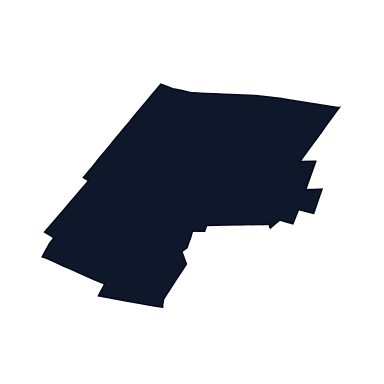 Ziduri, Buzau, Romania, rotated 173°
{"feature_id": "2599482B76478155056180", "entity_name": "Ziduri", "entity_type": "district", "adm_level": 2, "iso_a3": "ROU", "parent_name": "Romania", "parent_adm1": "Buzau", "projection": "robinson", "projection_center": [27.059, 45.276], "detail": "fine", "context": "isolated", "style": "filled", "palette": "ink", "viewbox_px": 384, "rotation_deg": 173, "n_neighbors": 0, "source": "geoboundaries", "source_scale": "gbopen_adm2", "svg_char_len": 4688}
<svg xmlns="http://www.w3.org/2000/svg" viewBox="0 0 384 384"><g transform="rotate(173 192 192)"><path d="M224.8,288.8L225.0,288.6L227.9,285.9L230.5,283.5L232.3,281.9L234.8,279.5L237.4,277.1L237.6,276.9L239.3,275.3L240.8,273.9L241.2,273.5L242.8,272.0L244.4,270.3L245.4,269.3L247.0,267.8L247.9,267.0L249.8,265.3L252.6,262.7L253.5,261.8L257.9,257.7L260.2,255.6L263.1,252.8L264.5,251.5L265.3,250.7L267.5,248.5L268.2,247.8L269.4,246.7L273.0,243.3L277.0,239.6L282.6,234.4L282.8,234.0L285.6,231.3L288.0,228.9L288.5,228.3L289.0,228.0L289.5,227.6L290.8,226.4L293.4,223.9L295.1,222.3L298.1,219.6L296.7,218.5L294.7,217.0L293.4,216.0L293.4,215.8L293.6,215.6L294.9,214.4L295.4,213.8L297.1,212.2L300.8,208.9L301.7,208.1L304.3,205.7L305.7,204.4L306.8,203.3L307.4,202.8L308.0,202.3L311.0,199.6L312.9,197.9L314.8,196.2L317.2,193.9L322.3,189.1L323.5,188.0L324.3,187.4L325.3,186.4L325.8,186.0L327.9,184.1L329.4,182.7L330.3,181.8L332.6,179.8L334.2,178.3L335.9,176.8L338.6,174.3L339.7,173.4L342.1,171.2L343.2,170.2L342.8,169.8L341.0,168.5L340.1,167.8L338.1,166.2L337.9,166.0L337.1,165.4L336.7,165.1L336.3,164.7L334.7,163.5L334.5,163.3L335.2,162.8L337.1,160.9L339.5,158.5L342.0,155.0L343.0,153.7L344.4,151.9L348.6,145.8L347.7,145.4L344.9,144.2L341.4,142.1L335.8,138.7L329.1,134.4L324.1,131.6L319.2,128.7L312.7,124.7L299.4,116.7L293.8,113.6L292.8,113.0L289.8,111.4L292.0,108.2L296.6,101.7L297.5,100.3L295.0,99.6L292.4,98.7L292.1,98.6L290.9,98.3L287.9,97.4L286.6,96.9L284.1,96.1L281.5,95.3L273.5,92.8L270.0,91.6L266.9,90.7L260.4,88.7L258.2,88.1L256.9,87.7L255.7,87.3L253.3,86.5L251.9,86.1L250.3,85.6L247.6,84.8L246.8,84.5L246.2,84.4L245.6,84.2L245.2,84.0L244.1,83.7L243.1,83.4L238.2,82.1L235.2,81.2L235.0,82.2L234.9,83.3L234.8,84.1L234.1,86.0L233.7,87.7L233.4,88.5L233.5,88.7L230.9,91.9L228.6,94.8L227.2,96.4L227.1,96.5L226.0,97.8L224.6,99.5L222.6,101.9L218.1,107.3L206.3,121.1L206.7,122.8L207.4,125.6L208.0,128.4L208.8,131.6L209.1,132.8L209.4,134.0L208.2,134.8L206.3,135.9L205.2,136.5L204.7,136.7L204.4,136.9L204.3,137.0L204.0,137.2L203.8,137.2L203.7,137.4L203.5,137.7L203.1,138.5L201.4,142.1L200.3,144.3L199.3,146.0L196.4,152.9L196.3,153.0L193.4,152.7L192.0,152.5L188.2,152.0L186.1,151.7L184.8,151.5L184.2,151.5L184.2,151.8L184.1,152.0L183.9,152.5L183.7,152.7L183.6,152.9L183.5,153.0L183.4,153.2L183.3,153.4L183.3,153.6L183.2,153.7L183.1,154.0L182.8,154.6L182.6,154.9L182.4,155.2L182.2,155.5L182.1,155.8L181.9,156.1L181.8,156.4L181.7,156.8L181.4,156.9L180.9,156.9L180.6,156.9L180.4,156.9L177.6,156.6L174.7,156.3L173.9,156.2L172.6,156.1L169.7,155.8L166.4,155.5L165.7,155.5L164.4,155.3L162.9,155.1L161.8,155.0L156.6,154.5L144.1,153.1L143.2,153.1L139.2,152.7L136.8,152.3L136.6,152.3L131.6,151.8L128.9,151.5L126.1,151.1L124.4,150.9L123.6,150.9L121.9,150.7L120.7,150.5L120.2,150.5L119.0,150.4L118.4,150.3L119.3,148.3L118.6,146.7L116.9,147.8L116.7,148.0L115.4,148.8L113.3,150.3L112.5,150.8L111.7,151.3L110.8,151.8L110.3,152.1L110.1,152.3L108.3,153.5L108.0,153.4L107.6,153.2L106.1,152.5L103.5,151.4L101.5,150.5L99.3,149.6L98.6,149.3L97.8,149.0L95.8,148.1L95.3,149.0L91.8,155.4L91.0,156.8L90.6,157.5L88.4,161.6L86.1,160.7L73.9,155.9L67.8,168.4L67.8,168.5L67.1,169.9L62.6,179.0L62.8,179.0L72.6,179.8L78.8,180.5L78.7,180.6L77.6,183.0L75.7,186.9L74.8,188.6L74.1,190.2L73.8,190.7L73.5,191.2L68.2,201.8L66.3,205.6L65.4,207.4L65.9,207.5L81.2,209.1L79.4,211.0L77.9,212.6L75.9,214.8L73.8,217.0L73.3,217.5L73.2,217.6L73.0,217.9L71.6,219.4L70.7,220.3L65.4,226.0L63.8,227.6L61.7,229.8L57.3,234.5L55.8,236.1L53.1,239.1L52.9,239.3L51.2,241.3L44.1,248.8L38.1,255.2L35.7,257.6L35.5,257.9L35.4,258.0L35.6,258.0L36.3,257.9L38.8,258.6L41.7,259.4L44.2,260.1L48.3,261.3L54.6,263.1L57.3,263.9L59.8,264.6L60.5,264.8L60.9,264.9L62.1,265.2L72.1,268.1L75.9,269.2L78.1,269.8L78.4,269.9L81.3,270.8L83.9,271.5L87.6,272.6L92.8,274.2L93.2,274.3L98.4,275.5L98.5,275.5L101.5,276.3L107.5,277.7L114.1,279.3L116.2,279.8L122.1,280.8L123.1,281.0L123.8,281.1L128.4,281.9L128.8,282.0L129.1,282.0L129.4,282.0L131.4,282.3L132.8,282.6L134.7,282.9L135.5,283.0L136.2,283.2L136.8,283.2L137.5,283.4L138.5,283.5L138.9,283.6L139.0,283.6L140.0,283.8L140.7,283.9L142.7,284.2L145.2,284.6L147.5,285.0L149.5,285.3L150.7,285.5L151.3,285.6L151.8,285.7L152.5,285.9L153.3,286.0L154.5,286.2L155.4,286.4L157.2,286.7L157.9,286.8L158.8,286.9L159.4,287.0L163.2,287.6L164.7,287.8L166.1,288.1L166.9,288.2L168.8,288.5L171.8,289.0L174.3,289.6L176.0,289.9L178.8,290.3L179.8,290.5L181.4,290.9L181.9,291.0L182.9,291.4L183.8,291.7L184.2,291.9L186.0,292.6L187.3,293.1L189.1,293.8L191.5,294.6L192.3,294.9L196.1,296.1L198.1,296.6L203.2,299.4L209.8,302.8L213.2,299.6L215.8,297.2L218.8,294.5L221.5,292.0L224.4,289.1L224.8,288.8Z" fill="#0f172a" stroke="#020617" stroke-width="1.5"/></g></svg>